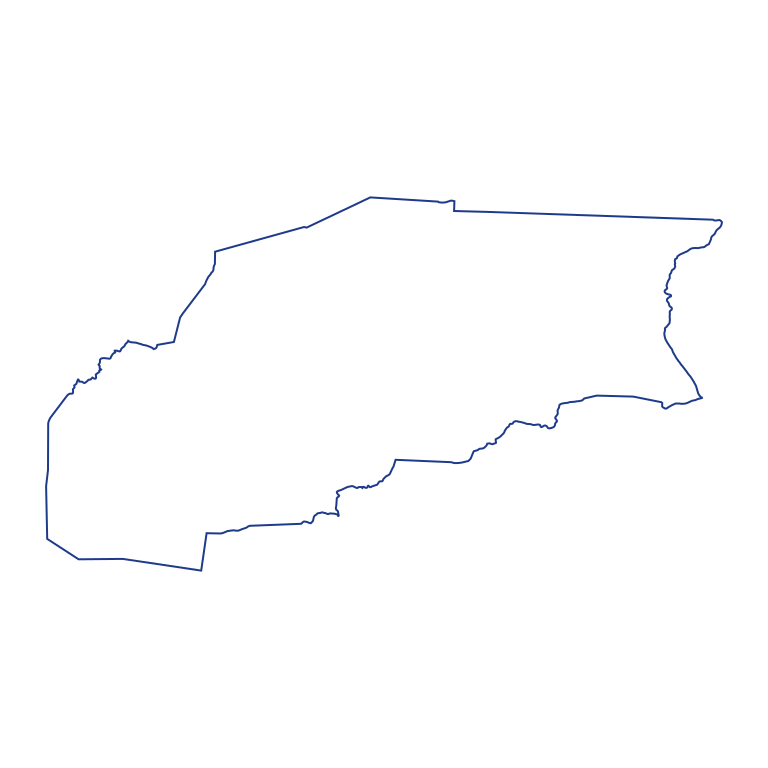 outline of La Union, Olancho, Honduras, rotated 90°
{"feature_id": "27666195B95700433875846", "entity_name": "La Union", "entity_type": "district", "adm_level": 2, "iso_a3": "HND", "parent_name": "Honduras", "parent_adm1": "Olancho", "projection": "natural_earth1", "projection_center": [-86.67, 15.11], "detail": "fine", "context": "isolated", "style": "outline", "palette": "blue", "viewbox_px": 768, "rotation_deg": 90, "n_neighbors": 0, "source": "geoboundaries", "source_scale": "gbopen_adm2", "svg_char_len": 6029}
<svg xmlns="http://www.w3.org/2000/svg" viewBox="0 0 768 768"><g transform="rotate(90 384 384)"><path d="M423.5,719.8L470.0,720.0L486.3,721.9L538.9,720.8L559.3,689.4L558.9,645.2L570.6,566.8L533.2,561.4L533.5,547.2L532.8,544.5L531.1,540.6L530.3,534.9L530.4,533.4L530.7,532.0L530.7,529.8L530.4,529.0L529.0,525.6L527.9,522.1L527.2,520.8L526.3,519.7L525.8,518.2L523.8,466.9L521.8,464.7L521.5,463.9L521.9,461.2L523.0,458.5L523.2,457.2L522.9,456.8L520.9,455.0L517.2,454.2L516.3,453.8L515.7,453.3L515.1,452.5L514.4,451.4L513.6,450.8L513.4,450.5L513.1,449.3L512.9,447.5L512.4,446.3L512.4,445.5L512.8,444.2L513.0,442.9L513.9,440.7L514.1,440.1L513.9,439.2L513.5,438.5L513.4,438.1L513.6,434.6L513.9,432.6L514.6,430.6L515.1,430.2L515.8,430.0L515.9,429.5L515.7,429.3L511.6,430.0L510.6,430.6L509.8,431.7L508.7,432.1L507.8,432.1L505.6,431.7L498.3,431.2L497.5,430.7L496.7,429.5L496.1,429.0L495.7,428.8L495.4,429.0L494.7,429.8L493.0,431.0L492.2,431.2L491.5,430.8L490.8,429.5L490.0,426.9L487.0,420.6L486.1,416.2L486.2,415.1L487.7,412.0L488.0,410.9L487.9,410.3L487.4,409.9L487.1,409.3L487.0,406.8L487.1,406.3L487.7,406.0L488.0,405.5L486.9,405.0L486.8,404.8L487.0,403.9L487.8,402.4L487.9,401.9L487.7,401.3L487.4,400.7L486.9,400.4L486.1,400.2L485.7,399.8L485.9,399.4L487.0,398.2L487.2,397.9L487.2,397.6L487.0,396.9L486.3,395.8L484.8,391.1L484.3,390.5L482.8,389.6L481.7,388.7L481.3,387.9L481.3,386.0L481.2,385.7L480.7,385.3L478.9,384.5L476.4,382.0L475.2,379.7L474.6,378.8L473.8,378.1L468.4,375.6L466.8,374.6L459.8,372.4L462.2,316.6L462.5,315.8L462.9,314.6L463.1,312.7L463.0,309.8L462.7,307.0L462.3,305.0L461.0,299.7L460.3,298.9L458.4,297.2L452.4,294.8L451.2,294.1L450.2,290.5L449.9,290.0L449.3,289.3L448.8,288.4L448.4,285.0L448.1,284.3L446.5,282.4L445.7,281.7L444.8,281.1L443.7,280.8L443.3,278.8L444.1,276.2L444.2,275.6L443.4,273.2L442.8,272.0L442.5,272.0L439.8,272.4L439.2,272.2L438.9,271.8L438.4,270.6L437.6,269.1L436.3,267.4L433.2,264.3L432.0,263.6L430.7,263.2L428.1,261.4L427.3,260.6L426.9,259.8L426.6,259.4L425.8,258.9L424.7,258.5L424.1,258.1L423.9,257.7L423.9,256.4L423.6,255.4L422.6,254.8L421.7,253.9L421.2,252.5L421.2,251.0L421.7,249.5L422.0,247.4L422.9,243.9L423.9,241.2L424.1,237.6L425.0,234.6L425.0,233.7L424.5,230.3L424.6,228.9L425.0,228.0L425.8,227.6L426.7,227.3L427.1,226.7L426.8,225.6L425.7,224.0L425.5,223.3L425.5,222.7L425.7,222.1L426.2,221.3L427.9,220.1L428.1,219.9L428.3,219.1L428.3,218.3L428.0,216.6L427.2,214.6L426.6,213.8L425.1,213.0L424.0,212.9L423.5,212.8L422.5,212.1L421.8,211.3L421.4,211.1L421.0,211.0L420.6,211.1L418.2,212.7L417.6,212.8L417.2,212.6L414.6,210.7L413.9,210.3L413.0,210.2L411.7,210.4L410.3,210.4L407.7,209.1L405.0,208.5L404.6,208.2L404.0,207.2L403.5,205.5L403.1,203.5L402.8,200.3L402.1,198.2L401.7,193.1L401.3,191.1L401.2,189.3L400.5,186.1L399.9,185.2L398.5,183.8L395.6,171.3L396.6,134.7L402.2,106.6L403.0,105.8L403.8,105.7L406.0,105.9L406.7,105.7L407.3,105.1L408.6,102.8L408.5,101.4L407.3,99.8L405.3,96.3L403.8,93.1L403.5,91.9L403.5,88.4L403.8,87.1L403.8,85.7L403.8,84.5L403.6,83.0L403.1,81.0L401.5,77.6L400.7,75.7L400.1,72.6L399.5,71.3L398.9,69.7L398.2,66.7L397.6,65.3L397.6,66.4L397.2,67.0L395.6,68.5L393.4,69.8L385.9,72.0L381.1,74.6L376.5,77.6L374.2,79.6L371.3,81.6L365.6,86.0L364.7,86.9L362.5,88.3L361.1,89.5L358.1,91.6L352.2,95.0L349.2,96.1L346.9,97.9L342.3,100.9L339.1,102.6L336.0,103.4L333.9,103.7L332.8,103.6L330.3,103.0L328.4,103.1L327.9,102.8L327.0,101.6L323.2,98.5L319.7,98.1L317.3,98.3L315.1,98.3L314.2,98.1L312.1,98.3L311.2,98.1L309.6,96.4L308.7,96.1L308.0,96.3L307.4,96.6L306.6,97.8L306.0,98.5L304.5,99.0L303.3,99.2L301.3,100.7L300.4,101.1L299.4,101.0L298.7,100.6L297.0,98.5L296.4,97.1L295.9,96.9L295.4,97.0L295.0,97.3L294.7,98.2L294.1,100.5L293.4,102.1L292.3,103.1L291.8,103.3L291.2,103.4L290.4,103.1L288.9,101.3L288.5,100.9L287.6,100.9L286.3,101.3L285.1,101.4L281.3,100.1L278.3,98.3L275.3,98.3L274.5,98.2L273.0,97.0L270.4,96.1L269.9,95.7L269.1,94.3L268.5,93.7L266.7,92.8L265.0,93.0L264.4,93.2L264.0,93.1L263.5,92.8L261.6,93.2L260.1,93.1L259.4,92.9L258.9,92.5L258.5,91.5L258.0,91.0L257.0,90.8L256.2,90.4L254.4,87.8L251.2,80.6L249.1,77.8L248.6,76.8L248.2,75.4L248.0,73.5L248.1,69.9L247.8,68.3L247.3,66.4L247.3,65.2L247.2,64.4L246.7,63.2L245.5,61.8L244.1,59.1L240.5,57.5L239.1,57.0L237.8,56.8L236.8,56.4L236.2,55.9L234.2,53.5L231.4,52.1L230.1,51.3L228.8,49.8L227.7,48.4L226.6,47.5L225.6,46.9L224.1,46.4L222.7,46.1L221.9,46.2L220.7,47.3L220.3,48.0L220.0,48.7L220.5,51.9L220.5,53.1L220.3,54.1L219.7,55.0L211.9,280.8L211.0,313.9L201.2,313.6L200.8,315.1L200.6,317.0L202.3,322.3L202.5,324.0L202.6,326.1L202.2,329.4L201.6,330.0L197.4,397.7L227.6,461.4L227.0,463.9L251.7,552.9L263.9,553.1L266.7,554.3L269.8,554.6L270.5,554.8L271.7,555.5L273.0,556.8L274.2,557.4L276.2,559.1L277.3,559.9L280.8,561.7L282.9,562.5L284.0,562.8L313.5,585.2L317.5,587.9L342.0,594.1L344.9,610.7L347.1,611.3L348.1,612.0L348.5,612.6L349.1,614.2L348.7,614.8L348.1,615.4L347.1,617.3L345.6,621.3L344.8,625.1L344.6,626.0L344.0,627.0L343.8,628.3L342.7,631.8L342.2,637.3L341.6,638.8L340.8,639.8L342.1,640.5L344.1,642.6L346.3,643.7L347.6,645.5L348.6,646.5L350.9,647.6L351.3,647.9L351.4,648.3L351.3,649.2L350.7,651.0L350.6,652.8L350.7,653.3L351.1,653.3L352.0,652.8L352.4,652.8L352.7,653.1L352.9,653.8L353.2,654.3L354.4,655.5L356.5,656.8L358.0,657.4L358.5,657.8L358.7,658.6L358.1,663.7L358.1,664.9L358.4,666.4L359.0,667.4L359.5,667.8L360.0,668.1L361.8,668.0L363.0,668.3L363.7,668.8L364.2,669.0L364.6,669.4L364.9,669.3L365.3,668.8L366.0,668.3L367.3,668.4L368.4,668.2L369.5,666.9L370.0,667.3L370.0,668.1L370.2,668.5L370.8,668.8L371.5,668.6L372.0,668.7L373.0,670.3L374.5,672.2L377.2,671.9L377.9,672.0L378.4,672.2L378.7,672.7L378.7,673.5L377.6,675.6L379.5,677.4L379.8,679.5L381.1,680.8L382.2,682.1L382.8,683.0L383.0,683.7L382.8,684.4L381.7,686.0L381.6,688.6L379.6,689.5L379.5,690.0L380.5,690.5L383.9,691.7L385.5,693.8L386.7,693.5L387.4,693.5L389.3,695.1L392.0,694.9L392.8,695.0L393.2,695.2L393.6,695.7L393.7,697.8L393.9,698.7L394.2,699.3L395.5,700.8L418.1,717.9L421.5,719.4L423.5,719.8Z" fill="none" stroke="#1e3a8a" stroke-width="2"/></g></svg>